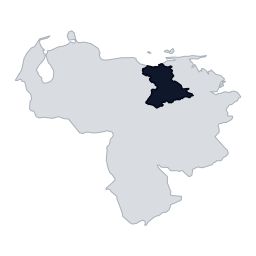 location of Anzoátegui within Venezuela
{"feature_id": "VEN-40", "entity_name": "Anzoátegui", "entity_type": "State", "adm_level": 1, "iso_a3": "VEN", "parent_name": "Venezuela", "parent_adm1": "", "projection": "orthographic", "projection_center": [-64.438, 8.961], "detail": "fine", "context": "in_parent", "style": "filled", "palette": "ink", "viewbox_px": 256, "rotation_deg": 0, "n_neighbors": 0, "source": "natural_earth", "source_scale": "10m", "svg_char_len": 8308}
<svg xmlns="http://www.w3.org/2000/svg" viewBox="0 0 256 256"><path d="M237.5,92.4L240.6,96.5L240.4,97.4L238.4,98.4L237.3,100.8L234.9,101.8L231.6,104.6L229.3,104.9L226.0,109.6L227.9,113.2L227.4,115.1L228.3,116.0L232.3,116.1L232.7,117.1L232.2,118.6L231.5,119.6L226.1,122.6L223.5,122.3L222.4,123.2L218.9,123.9L218.0,125.7L218.9,128.1L219.3,132.0L214.9,136.7L225.9,149.0L227.0,149.7L228.2,152.5L227.8,154.2L225.9,156.2L223.1,157.7L221.5,160.3L219.9,160.8L216.9,160.7L215.4,162.1L213.5,162.6L212.3,164.6L202.2,167.8L197.9,166.9L192.8,169.2L191.9,175.0L190.4,176.4L188.5,176.4L182.2,170.5L179.1,171.4L176.9,170.6L170.7,170.8L167.8,167.5L161.4,167.2L158.9,165.0L157.8,164.9L157.3,165.7L159.8,169.4L167.4,176.5L167.4,183.0L170.9,191.9L170.3,194.8L172.4,195.6L181.4,196.3L181.3,199.5L180.1,200.9L178.4,201.2L173.7,203.6L171.0,204.4L169.2,209.6L167.6,211.1L166.0,212.3L162.9,212.4L158.7,215.7L157.3,215.7L153.8,217.3L148.1,222.1L146.2,225.1L144.8,225.2L145.4,222.6L144.6,221.2L143.3,220.4L142.1,220.3L140.5,221.0L136.3,223.5L132.2,224.0L130.1,222.9L122.5,216.1L122.4,213.8L120.6,208.4L116.8,198.4L116.9,196.5L110.9,191.4L110.0,189.7L107.5,189.0L106.0,189.6L106.4,188.0L114.5,180.8L115.3,179.2L112.1,174.6L110.4,173.3L109.4,171.6L107.4,166.0L106.8,161.7L106.2,160.8L107.1,150.3L106.7,147.9L107.4,146.2L108.9,145.0L109.8,143.1L110.0,140.6L111.0,138.5L112.7,136.9L113.3,135.2L112.6,132.6L111.1,131.6L106.3,130.7L104.9,131.5L96.0,132.9L91.5,132.8L88.2,132.1L85.6,132.3L82.6,133.7L81.1,132.8L80.0,133.2L68.4,119.0L64.1,118.7L58.3,116.6L53.7,118.1L51.7,118.2L43.5,117.3L39.0,117.9L37.1,117.1L35.9,116.0L33.9,111.4L30.8,110.5L29.5,108.7L30.1,101.2L31.6,99.2L31.1,95.8L30.7,94.2L26.7,90.0L24.7,81.8L22.0,81.3L21.3,79.5L20.5,79.1L18.2,80.2L15.8,80.6L15.4,80.1L21.5,70.2L24.1,58.4L27.2,52.7L31.3,48.0L34.6,46.7L39.6,38.9L50.2,35.8L47.3,38.2L41.0,39.6L39.6,40.5L39.7,43.2L41.4,47.0L44.5,50.0L43.0,50.3L43.6,53.0L45.1,54.9L45.2,56.1L43.9,59.6L39.0,65.2L36.3,70.1L38.2,73.1L38.4,74.6L41.9,78.3L41.6,79.8L43.1,82.8L45.5,83.3L50.5,81.4L53.1,78.3L53.8,72.3L53.3,70.1L50.4,64.8L48.4,62.8L46.8,58.2L46.0,54.0L47.4,53.1L47.3,50.9L50.7,50.4L58.1,47.0L62.7,46.2L67.9,44.4L70.1,41.9L70.9,41.8L73.6,43.2L74.9,42.8L75.5,41.6L74.8,39.4L68.6,40.1L67.2,35.7L68.6,32.1L71.9,30.8L74.2,33.0L75.7,39.4L77.8,42.7L84.4,42.1L91.1,43.7L98.1,48.3L100.1,53.1L99.2,54.3L99.7,56.3L100.7,58.4L102.2,59.7L106.7,60.1L121.3,57.8L133.7,57.6L136.0,58.5L136.2,60.3L140.2,63.9L152.2,67.1L156.8,66.7L167.8,60.6L173.7,60.7L175.4,59.8L173.3,58.9L168.3,58.5L166.9,59.1L166.0,57.6L173.1,57.1L179.3,57.4L184.4,56.3L188.5,56.3L192.5,55.6L200.1,56.4L206.2,55.6L205.5,56.7L200.3,57.5L197.9,59.0L192.7,58.7L189.0,59.3L190.2,59.7L190.2,61.2L191.2,61.5L192.8,63.3L193.2,64.9L191.9,67.3L193.4,67.0L194.3,66.3L194.3,64.6L195.1,64.8L199.0,71.9L200.6,70.2L201.7,71.2L201.7,68.5L203.0,68.6L205.8,70.4L208.7,74.4L208.2,71.3L210.5,71.2L211.1,69.9L215.8,74.3L220.7,75.5L224.4,78.8L223.7,80.5L221.5,81.3L220.6,82.3L219.0,87.6L217.0,91.7L210.8,91.8L216.1,94.9L217.9,93.6L220.5,93.5L224.4,91.8L229.8,92.5L232.1,91.1L235.0,91.3L237.5,92.4ZM173.5,49.2L174.0,51.4L172.3,53.3L170.1,53.4L168.3,52.1L167.3,52.4L164.3,51.7L165.2,50.5L167.4,50.0L169.1,51.3L170.5,51.4L170.8,50.3L172.7,48.6L173.5,49.2ZM223.4,85.8L220.1,87.5L219.9,85.8L222.4,83.7L223.6,85.0L223.4,85.8ZM150.8,53.0L150.0,53.4L147.5,52.4L148.0,51.8L149.4,51.8L150.8,53.0ZM224.0,82.6L222.0,83.1L222.6,81.9L224.6,81.2L225.4,81.5L224.0,82.6Z" fill="#d9dde1" stroke="#a8b0b8" stroke-width="1"/><path d="M147.3,65.9L151.5,66.7L152.2,67.0L152.8,67.2L153.0,67.2L153.0,67.4L151.8,66.9L151.4,66.9L151.6,67.1L151.9,67.3L152.2,67.4L152.9,67.5L153.1,67.5L153.3,67.4L153.6,67.3L154.1,67.2L154.7,66.8L155.0,66.7L155.3,66.6L156.2,66.8L157.4,66.9L158.1,66.8L158.5,66.5L158.7,66.3L158.9,66.0L159.1,65.4L159.1,65.1L159.0,64.7L159.4,64.7L159.5,64.7L159.6,64.9L159.4,64.9L159.6,65.2L159.9,65.1L160.0,65.0L159.9,64.8L160.1,64.7L160.5,64.1L161.2,63.9L161.5,63.9L161.4,64.0L161.6,64.1L161.8,64.2L162.0,64.1L162.3,64.3L162.4,64.5L162.7,64.7L163.4,64.9L163.6,65.0L163.7,65.3L163.7,65.7L163.7,65.8L163.8,65.9L163.9,66.0L164.1,66.0L164.3,66.2L164.6,66.4L165.0,66.7L165.4,66.7L165.8,66.6L166.1,66.6L166.5,66.9L166.7,67.0L166.9,67.1L167.4,67.1L168.4,67.0L169.4,66.7L170.0,66.4L170.2,66.1L170.4,66.1L170.6,66.2L171.3,66.4L171.5,66.5L171.8,66.9L171.7,67.0L171.3,67.2L171.2,67.3L170.8,67.2L170.4,67.3L170.2,67.3L170.0,67.5L170.0,68.8L170.0,69.0L170.3,69.3L170.5,69.4L170.9,69.3L171.0,69.3L171.2,69.5L171.3,69.8L171.7,69.9L171.8,70.0L172.2,70.4L172.3,70.5L172.3,70.8L172.2,70.8L171.9,70.9L171.9,71.0L171.9,71.5L171.6,72.0L171.6,72.3L171.8,72.7L171.8,72.9L171.8,73.0L171.9,73.3L173.6,75.9L173.5,76.1L173.4,76.2L171.6,78.2L171.5,78.3L171.5,78.9L171.4,79.7L171.5,79.9L171.7,80.1L172.3,80.7L172.4,81.0L172.5,81.7L172.6,81.8L172.9,81.7L173.5,81.4L173.8,81.3L174.1,81.4L174.3,81.4L174.6,81.2L174.8,81.2L175.0,81.3L176.3,82.1L176.6,82.3L176.9,82.3L177.1,82.4L177.3,82.5L177.5,82.8L177.6,83.1L178.1,83.3L178.4,83.5L179.2,84.0L179.3,84.1L179.4,84.3L179.5,84.5L179.8,84.6L180.2,84.8L180.5,85.0L181.0,85.4L181.5,86.6L182.1,88.5L182.5,88.7L182.6,88.8L182.9,89.0L183.2,89.0L188.1,88.6L188.6,88.6L188.6,88.8L188.6,89.0L188.3,89.2L188.2,89.3L187.6,89.1L187.4,89.2L187.2,89.6L186.8,90.1L186.8,91.4L186.9,91.7L187.0,92.0L187.4,92.3L187.7,92.6L187.9,92.7L192.0,94.0L191.9,94.4L191.9,94.5L192.0,94.7L192.1,94.8L192.7,95.1L192.8,95.3L193.0,95.5L192.8,95.6L192.6,95.7L192.4,95.7L192.0,95.6L191.8,95.6L191.6,95.7L191.3,95.9L190.9,96.2L190.8,96.4L190.6,96.8L190.3,97.1L189.8,97.4L189.3,97.5L188.8,97.5L188.4,97.3L188.1,96.8L186.5,96.7L185.6,96.7L184.8,96.8L184.0,97.0L183.6,97.3L183.2,97.5L182.6,98.3L182.2,98.5L181.4,98.3L181.1,98.3L180.8,98.5L180.6,98.7L180.3,99.2L180.1,99.4L179.8,99.5L179.5,99.6L178.6,99.5L177.5,99.6L177.2,99.5L176.8,99.4L176.6,99.4L176.3,99.4L176.0,99.6L175.6,99.9L175.3,100.0L175.0,100.0L174.7,100.0L174.4,99.9L174.2,99.9L173.9,100.0L173.7,100.2L173.2,101.2L173.1,101.6L172.9,101.8L172.3,102.0L172.1,102.1L171.8,102.4L171.7,102.5L171.3,102.7L171.0,102.6L170.3,102.5L169.9,102.4L169.5,102.5L169.2,102.7L168.9,102.7L168.7,102.5L168.6,102.2L168.4,102.1L168.2,101.9L167.1,100.9L166.8,100.7L166.6,100.7L166.3,100.7L166.0,100.8L165.8,101.0L165.7,101.2L165.5,101.6L165.4,101.8L165.1,102.0L163.8,102.2L163.5,102.3L162.6,102.1L162.3,102.2L162.0,102.4L161.9,102.6L161.8,103.4L161.9,103.9L162.2,104.2L162.6,104.4L163.0,104.8L163.0,105.2L162.7,105.6L162.3,105.9L161.8,106.1L161.5,106.1L160.6,105.9L160.4,106.0L160.1,106.1L159.2,106.7L158.3,107.1L157.3,107.7L157.0,107.8L156.7,107.9L156.4,107.7L156.2,107.6L155.8,107.1L155.4,106.9L154.4,106.0L153.5,105.4L152.6,104.9L152.1,104.8L151.1,104.7L150.1,104.3L149.6,104.2L149.2,104.2L148.3,104.3L148.3,104.1L148.1,103.8L148.1,103.7L147.8,103.4L147.4,103.3L147.0,103.3L146.4,103.3L146.2,103.2L146.0,102.6L146.0,102.4L146.0,102.2L146.3,101.7L146.5,101.4L146.8,101.2L147.7,100.2L147.9,99.6L148.0,99.3L148.2,99.0L149.2,97.9L149.4,97.7L149.8,96.9L149.9,96.7L150.7,96.1L150.8,95.9L151.2,94.9L151.3,94.2L151.6,93.7L151.8,92.7L151.8,92.3L151.8,91.9L151.5,91.4L151.5,91.2L151.5,90.4L151.9,89.7L152.0,89.6L152.5,89.5L152.9,89.3L153.0,89.3L153.6,89.5L153.8,89.6L154.2,89.6L155.3,89.5L155.6,89.5L155.8,89.4L156.1,89.5L156.4,89.5L156.6,89.6L156.8,89.4L156.9,89.0L156.9,88.8L156.9,88.7L156.8,88.4L156.8,88.2L157.1,87.8L157.4,87.5L157.8,87.3L157.6,86.8L157.5,86.6L157.4,86.6L157.0,86.3L156.9,86.2L156.5,85.8L156.2,85.5L156.0,85.4L155.4,85.2L155.3,84.9L155.3,84.4L155.2,84.1L155.1,83.8L155.0,83.7L154.9,83.5L154.7,83.3L154.4,83.2L154.0,83.0L153.8,82.9L153.4,82.5L153.3,82.3L153.1,82.3L152.9,82.2L151.8,82.3L151.7,82.3L151.6,82.2L151.4,82.0L151.1,81.6L150.9,81.3L150.6,81.1L150.5,80.9L150.4,80.7L150.1,80.6L150.0,80.4L149.9,80.3L149.9,79.8L149.9,79.7L149.7,79.4L149.6,79.2L149.6,78.8L149.8,78.5L150.7,78.1L150.8,78.0L150.9,77.9L150.9,77.7L150.9,77.0L150.8,76.7L150.7,76.6L150.2,76.5L149.6,76.3L148.8,76.1L148.5,76.0L148.2,75.8L148.0,75.7L147.9,75.5L147.2,74.2L147.0,74.3L146.2,75.6L142.8,73.7L142.7,73.6L142.7,73.4L143.1,72.8L143.2,72.6L143.3,72.1L143.1,71.7L142.7,71.1L142.6,70.9L142.6,70.4L142.7,69.1L143.2,68.7L143.3,68.6L143.5,68.6L143.7,68.8L143.8,68.7L144.0,68.5L144.1,68.4L144.3,68.4L144.8,68.2L145.0,68.2L145.7,67.6L145.8,67.5L146.2,67.3L146.6,67.1L146.9,66.9L147.1,66.7L147.3,65.9Z" fill="#0f172a" stroke="#020617" stroke-width="1.5"/></svg>